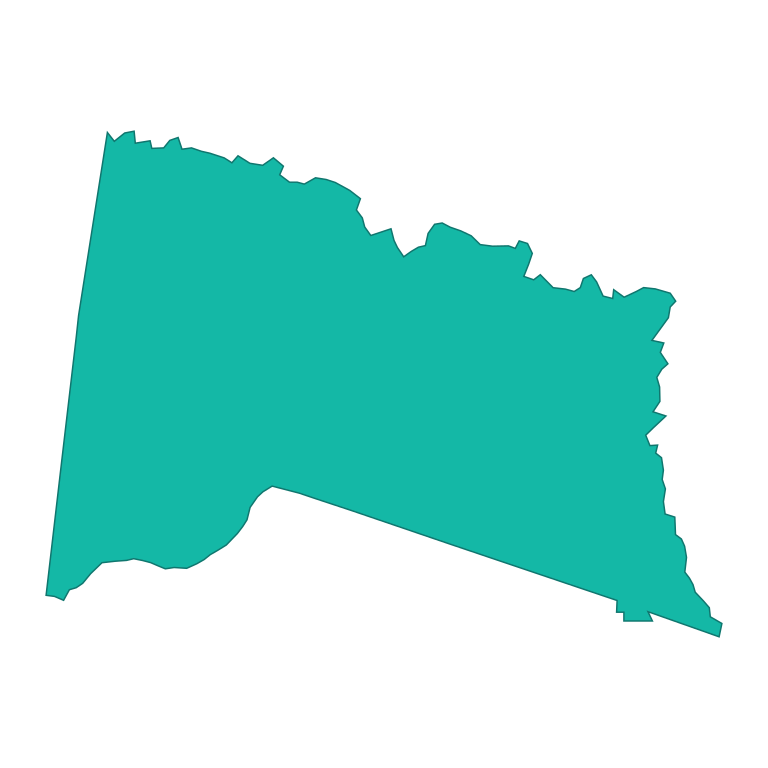 outline of Moreira Sales, Paraná, Brazil
{"feature_id": "56859067B37185624214579", "entity_name": "Moreira Sales", "entity_type": "district", "adm_level": 2, "iso_a3": "BRA", "parent_name": "Brazil", "parent_adm1": "Paraná", "projection": "orthographic", "projection_center": [-52.978, -24.024], "detail": "fine", "context": "isolated", "style": "filled", "palette": "teal", "viewbox_px": 768, "rotation_deg": 0, "n_neighbors": 0, "source": "geoboundaries", "source_scale": "gbopen_adm2", "svg_char_len": 1982}
<svg xmlns="http://www.w3.org/2000/svg" viewBox="0 0 768 768"><path d="M107.4,132.5L78.6,315.4L76.3,336.7L62.7,452.7L46.1,595.3L54.5,596.4L63.6,600.3L69.4,589.7L76.2,587.7L82.7,583.3L90.6,573.7L102.0,562.7L115.4,561.2L126.5,560.4L133.7,558.7L142.6,560.5L150.6,562.6L157.3,565.5L165.3,568.8L174.1,567.5L186.7,568.3L196.9,563.7L204.2,559.5L210.3,554.6L217.6,550.4L226.3,545.0L237.3,533.6L242.8,526.4L247.0,519.8L250.1,507.4L257.5,496.8L262.9,491.8L272.1,486.1L299.1,493.1L316.3,498.9L351.7,510.6L449.7,544.0L617.1,600.5L616.6,612.2L623.9,612.2L623.9,621.0L635.3,621.0L652.4,621.0L648.0,611.7L719.1,636.8L721.9,623.5L710.3,616.8L709.3,607.7L703.5,601.0L695.2,592.2L693.0,584.6L689.4,578.1L684.8,572.1L686.5,557.4L684.6,546.2L681.4,539.0L675.5,534.6L674.8,517.1L665.1,514.0L663.4,501.6L665.4,488.9L662.2,479.5L663.4,470.2L661.5,457.7L655.7,453.1L657.6,445.1L649.9,445.6L645.7,435.2L653.4,427.7L665.9,416.0L653.0,411.8L659.9,401.4L659.6,387.0L656.8,377.4L661.8,369.2L667.9,363.8L660.3,352.4L663.8,343.0L651.9,340.4L668.4,317.7L670.2,307.0L675.7,301.2L670.2,293.2L655.3,288.9L643.6,287.6L636.3,291.5L624.1,297.2L613.7,289.7L612.7,298.5L603.1,296.1L596.6,281.9L591.3,274.8L583.4,278.5L580.3,287.6L574.2,291.5L565.4,289.1L553.1,287.7L540.3,274.7L533.7,279.8L523.8,276.4L528.7,264.0L532.3,253.4L527.5,243.5L519.2,240.9L515.3,248.4L508.5,245.9L492.6,246.2L480.2,244.6L471.2,235.8L460.8,230.9L450.2,227.2L442.2,223.0L434.6,224.3L428.1,233.4L425.4,245.6L418.4,247.2L411.3,251.4L403.7,256.8L397.4,247.5L394.0,240.4L391.0,228.8L370.8,235.5L364.7,227.0L362.3,217.9L356.4,210.0L360.4,198.7L349.7,190.4L335.3,182.5L326.2,179.5L315.5,177.8L304.3,184.1L297.2,182.2L289.5,182.2L279.7,174.8L283.4,166.2L273.4,157.8L262.7,165.3L249.9,163.3L238.0,155.8L231.9,162.8L224.2,157.9L209.8,153.2L201.4,151.3L191.5,147.9L182.0,149.2L178.1,137.5L169.8,140.4L163.7,147.9L151.8,148.4L150.1,140.8L135.3,143.2L134.1,131.2L124.7,133.0L114.3,141.3L107.4,132.5Z" fill="#14b8a6" stroke="#0f766e" stroke-width="1.5"/></svg>